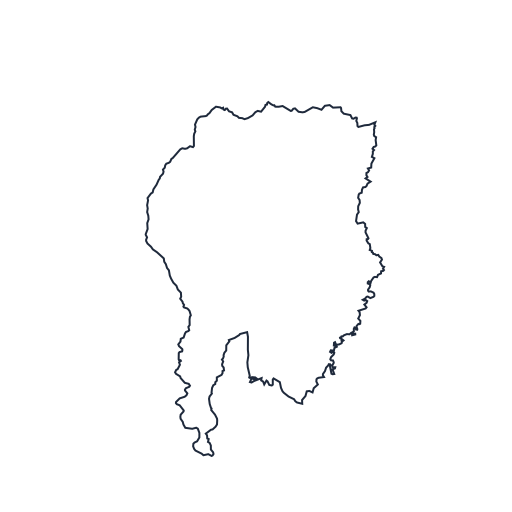 Aguazul, Casanare, Colombia (Mercator projection), rotated 46°
{"feature_id": "7082276B87495791799941", "entity_name": "Aguazul", "entity_type": "district", "adm_level": 2, "iso_a3": "COL", "parent_name": "Colombia", "parent_adm1": "Casanare", "projection": "mercator", "projection_center": [-72.5, 5.106], "detail": "fine", "context": "isolated", "style": "outline", "palette": "slate", "viewbox_px": 512, "rotation_deg": 46, "n_neighbors": 0, "source": "geoboundaries", "source_scale": "gbopen_adm2", "svg_char_len": 6130}
<svg xmlns="http://www.w3.org/2000/svg" viewBox="0 0 512 512"><g transform="rotate(46 256 256)"><path d="M153.9,144.2L154.9,145.8L155.7,152.1L152.8,154.0L152.1,156.6L152.5,160.8L151.2,166.0L149.6,169.2L147.2,170.2L144.8,172.3L142.6,172.3L138.8,174.1L136.0,173.4L133.2,174.9L129.8,174.4L129.0,175.5L129.4,176.6L129.1,177.3L127.8,177.6L126.5,176.7L126.0,178.1L124.2,178.6L120.8,181.1L120.2,186.4L120.9,190.3L120.6,192.4L120.9,193.5L120.5,194.9L117.3,199.0L116.8,200.9L116.9,203.3L119.1,208.6L121.2,209.9L122.6,212.3L124.2,213.0L125.1,215.5L126.6,217.5L133.7,224.2L133.9,225.7L131.2,227.2L130.7,230.8L129.6,232.6L127.3,234.2L126.7,236.4L127.7,247.9L127.4,249.4L128.6,252.3L128.4,254.0L127.3,256.4L127.7,258.3L129.1,260.3L129.2,262.9L131.1,263.9L132.2,265.7L132.4,270.0L133.4,271.4L133.6,273.0L135.6,278.0L136.8,283.5L138.5,286.2L138.1,288.3L139.0,293.8L141.0,295.0L143.8,299.0L146.6,300.9L148.8,303.8L152.2,305.5L155.0,307.8L156.8,311.4L161.3,315.2L163.6,320.0L164.1,320.6L166.9,321.4L168.0,323.8L168.9,324.6L171.6,325.4L176.5,325.1L179.6,325.6L184.5,324.6L193.7,324.0L196.4,326.0L199.2,326.5L202.8,328.3L205.8,328.6L210.2,331.6L213.3,332.8L217.8,334.0L222.1,333.9L225.8,335.5L230.2,335.5L233.3,338.1L234.1,340.2L237.8,340.6L239.1,341.4L241.2,341.7L242.0,343.4L243.0,343.5L246.0,341.9L247.4,341.8L249.4,342.0L253.4,344.1L253.8,345.7L255.4,347.8L259.6,351.7L260.0,353.9L263.0,355.6L263.0,356.8L262.0,359.1L262.4,360.9L264.4,364.7L263.3,367.6L265.1,369.8L265.6,373.3L267.4,374.0L271.7,373.7L272.5,374.2L273.3,375.4L272.0,377.7L272.2,379.0L276.6,383.4L277.4,383.7L278.5,382.7L279.3,382.9L279.0,385.2L281.4,386.3L283.0,391.1L282.5,392.4L283.4,395.0L285.2,395.4L289.9,394.2L291.4,395.0L297.8,395.3L301.2,393.2L303.4,393.6L303.7,394.9L302.4,398.3L302.8,400.0L303.4,400.5L307.1,400.8L307.9,402.8L307.7,405.1L305.4,409.8L305.5,415.0L306.2,415.8L307.6,415.9L310.4,414.6L316.9,415.3L317.5,416.1L317.8,420.4L319.1,422.1L320.7,423.3L324.4,423.9L326.9,425.3L330.5,426.2L336.0,421.9L338.0,418.3L339.8,417.8L343.9,419.6L347.2,422.8L348.4,427.1L347.5,429.7L347.5,431.4L349.2,433.4L351.8,434.5L353.9,434.7L360.4,432.4L362.8,432.2L365.4,428.0L369.0,426.8L369.3,425.7L368.9,424.1L367.4,423.2L363.9,422.9L360.9,420.1L358.2,419.2L356.4,419.7L354.8,417.2L353.4,417.8L351.0,415.8L348.9,415.5L349.7,409.1L350.6,407.7L350.7,403.7L350.1,401.1L347.3,398.1L345.9,397.0L341.7,395.7L335.7,395.2L334.8,393.9L334.2,394.0L330.3,392.1L326.1,389.0L324.8,387.0L324.3,383.3L323.4,382.9L320.4,379.3L319.3,376.5L319.8,374.3L318.5,372.9L318.5,370.8L316.1,368.5L317.6,363.4L317.0,361.4L315.5,360.0L316.1,358.5L313.7,356.7L311.6,356.6L310.3,355.6L309.1,352.9L306.8,352.4L306.8,351.0L305.9,349.1L304.8,348.2L303.6,345.9L303.3,343.1L299.6,339.4L298.9,334.5L297.6,333.9L300.1,328.3L301.2,323.0L301.0,321.7L304.6,315.3L308.5,317.9L317.8,327.0L322.1,330.4L326.5,336.1L330.3,339.2L337.8,343.7L338.7,345.3L339.4,345.1L340.5,342.9L342.8,340.9L344.8,340.6L344.8,342.2L342.0,343.6L341.2,344.7L342.5,347.9L343.9,347.1L344.6,344.2L347.7,336.8L349.1,338.7L351.3,338.1L354.1,339.3L352.9,335.0L354.2,334.8L358.0,336.0L360.1,334.6L360.2,333.3L356.5,329.7L356.3,328.4L363.3,326.5L368.2,329.6L371.7,330.9L373.7,331.0L379.7,330.2L385.5,328.1L387.7,328.6L389.8,328.3L394.4,325.4L391.6,322.9L391.1,317.7L388.6,313.5L390.1,311.4L393.4,310.1L391.2,306.3L391.4,300.8L388.2,299.8L386.7,298.1L386.6,296.9L387.1,295.5L390.3,291.2L388.2,290.7L387.4,289.8L386.7,286.3L385.0,283.1L384.9,280.1L384.4,278.8L385.4,277.9L386.1,278.0L386.9,279.5L393.1,283.5L394.3,283.0L395.2,281.7L390.7,279.7L391.7,277.3L391.1,276.3L389.5,278.0L388.8,278.0L387.7,277.1L386.9,274.4L386.4,273.9L384.6,273.2L383.2,274.5L381.9,274.3L380.9,272.3L380.8,268.5L380.0,266.9L378.2,267.1L378.2,268.9L376.4,269.3L375.8,267.7L378.2,265.7L376.6,263.4L377.4,260.9L376.7,260.7L374.5,262.2L372.6,260.1L372.9,259.0L374.8,259.8L376.0,259.5L377.4,257.5L378.2,255.0L377.3,253.5L377.5,251.7L376.6,251.8L376.0,253.0L374.9,251.9L373.6,252.6L373.1,252.3L373.5,251.3L373.2,250.4L374.1,249.5L374.1,247.9L375.3,244.9L377.3,243.1L377.4,241.2L378.5,240.9L379.8,241.9L381.4,239.1L380.8,238.6L379.9,239.6L378.4,240.3L377.7,240.1L378.2,238.0L376.3,236.2L375.8,234.8L376.7,234.5L378.4,235.1L379.3,234.4L379.0,233.9L376.6,232.8L376.2,232.1L376.0,229.5L377.0,228.8L377.1,228.1L375.2,226.0L372.0,225.9L370.7,222.3L368.4,220.5L366.6,220.3L369.9,213.6L369.7,212.1L366.2,211.8L366.5,209.0L365.7,207.3L364.3,207.5L363.2,209.2L361.7,209.6L362.4,207.2L362.2,204.8L362.8,203.8L365.7,203.0L367.0,199.8L366.9,198.6L365.5,197.3L364.0,196.9L361.2,198.0L359.9,199.6L358.8,199.5L358.0,198.7L357.5,196.0L356.3,194.0L355.4,193.8L353.4,194.7L352.5,193.8L352.5,192.4L354.8,192.0L353.9,190.4L353.1,186.3L353.6,185.0L355.3,183.6L354.3,181.3L355.4,178.2L353.9,176.6L355.1,174.7L355.0,173.7L353.4,173.5L352.8,171.4L351.2,172.2L346.8,171.2L346.1,167.9L344.6,167.2L342.1,167.7L340.1,167.3L339.1,168.9L337.4,169.1L336.0,170.2L334.8,169.6L333.7,170.0L332.8,169.0L330.7,170.0L329.7,168.2L326.5,165.9L324.9,166.4L321.7,165.7L320.8,164.7L321.6,163.8L321.4,162.8L315.1,160.8L313.9,159.6L312.9,156.9L311.0,157.3L308.7,155.2L306.3,155.5L303.3,160.4L300.4,159.8L296.4,154.6L295.8,151.6L293.4,150.2L291.2,147.9L289.9,144.4L287.7,142.6L285.1,142.1L283.2,139.5L282.9,138.3L283.9,136.0L281.9,133.7L281.0,131.3L282.4,129.4L282.4,127.8L281.4,125.5L282.1,121.9L276.3,123.3L276.6,120.9L274.6,120.5L273.0,118.9L273.5,117.2L273.0,115.2L270.8,114.7L272.4,111.7L269.7,108.8L267.9,102.9L265.2,103.8L263.7,101.0L261.9,99.3L261.8,97.5L259.8,97.7L259.3,95.6L260.1,94.1L260.0,92.6L255.7,89.4L254.0,87.1L251.9,87.6L250.6,87.0L249.0,84.9L246.8,83.1L246.4,81.9L245.4,81.4L245.3,79.8L243.8,79.7L242.7,77.3L240.2,83.6L237.4,87.1L234.3,92.7L233.0,92.7L230.7,90.7L228.5,90.0L227.0,87.7L226.4,87.5L225.5,88.3L225.0,90.5L223.8,91.3L220.2,90.2L214.6,94.0L211.2,94.0L208.6,92.0L207.7,91.9L202.8,97.5L198.6,98.2L195.8,102.1L196.3,107.3L192.1,109.3L188.5,111.8L186.2,120.9L185.0,122.7L181.8,125.2L176.9,125.4L176.0,126.9L176.3,129.4L175.9,130.2L166.6,132.7L164.4,136.0L162.0,138.4L160.3,138.1L159.9,138.8L157.6,139.6L153.8,140.2L153.8,141.8L154.7,142.9L153.9,144.2Z" fill="none" stroke="#1e293b" stroke-width="2"/></g></svg>